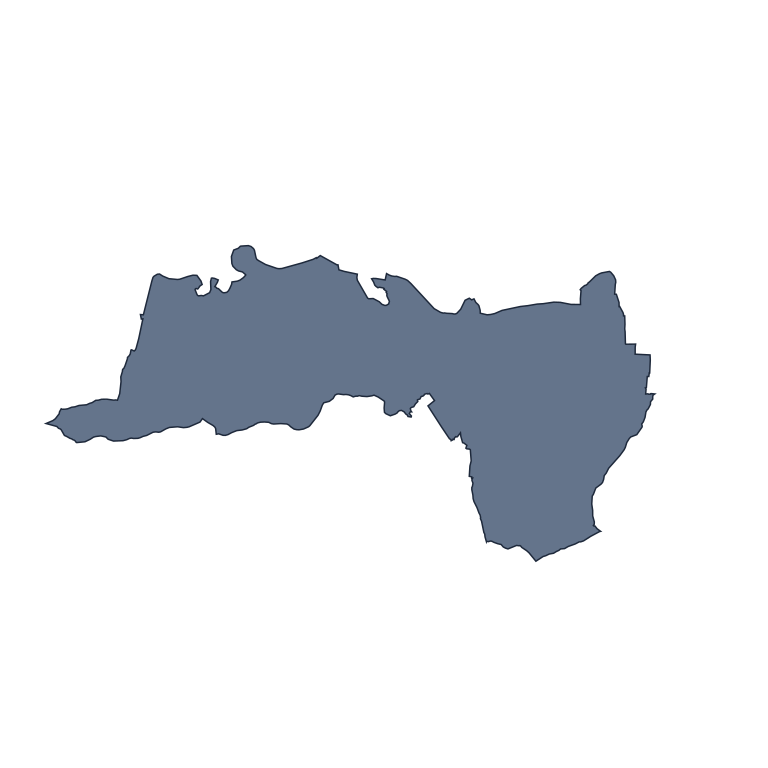 Turceni, Gorj, Romania, rotated 303°
{"feature_id": "2599482B55128602353314", "entity_name": "Turceni", "entity_type": "district", "adm_level": 2, "iso_a3": "ROU", "parent_name": "Romania", "parent_adm1": "Gorj", "projection": "albers", "projection_center": [23.338, 44.708], "detail": "fine", "context": "isolated", "style": "filled", "palette": "slate", "viewbox_px": 768, "rotation_deg": 303, "n_neighbors": 0, "source": "geoboundaries", "source_scale": "gbopen_adm2", "svg_char_len": 6171}
<svg xmlns="http://www.w3.org/2000/svg" viewBox="0 0 768 768"><g transform="rotate(303 384 384)"><path d="M585.8,530.0L585.0,528.5L593.4,523.8L595.5,523.0L597.5,521.5L599.9,517.7L601.2,513.4L601.2,511.8L595.8,506.1L593.8,504.6L590.0,502.6L581.0,500.6L580.3,500.1L579.1,500.3L577.1,499.7L575.8,498.6L571.6,497.3L569.9,497.2L569.6,498.4L562.4,502.3L557.7,505.5L552.6,497.5L548.5,487.4L545.1,481.8L538.0,473.7L534.5,469.0L527.9,461.8L523.3,456.2L510.0,442.9L503.4,438.5L500.5,435.7L498.2,432.8L495.8,426.2L498.2,424.5L501.4,420.9L501.9,419.5L502.4,416.6L504.4,413.1L502.3,411.7L502.4,408.8L498.4,406.4L488.5,407.6L482.9,406.6L481.7,405.8L480.8,404.6L480.2,402.8L477.4,398.0L476.6,396.1L475.7,395.0L474.9,392.4L474.5,385.0L482.9,351.9L483.7,347.3L483.4,344.6L481.2,335.9L480.1,334.5L478.8,331.7L478.2,329.0L478.0,326.0L471.9,328.3L468.1,319.8L466.7,317.5L465.5,316.3L463.8,319.8L461.9,322.4L461.5,324.1L461.4,326.5L462.6,327.4L464.0,330.7L464.2,332.1L463.4,332.2L463.0,335.8L462.0,335.9L461.4,337.4L460.1,337.9L459.1,338.9L456.3,343.5L453.6,344.3L451.1,343.0L450.3,341.7L449.7,338.9L450.4,335.2L449.8,328.4L447.2,324.8L447.1,323.5L456.5,305.1L458.6,303.2L461.6,301.8L456.8,289.4L455.2,284.0L458.9,280.5L458.3,279.6L457.0,260.6L452.8,259.1L453.1,258.4L450.0,256.7L440.9,249.3L425.3,235.5L423.5,233.1L422.6,231.2L419.7,219.6L419.2,211.9L419.2,209.5L420.3,207.8L425.6,202.5L426.5,200.8L426.9,197.6L426.2,194.9L421.8,189.0L421.3,188.5L418.5,187.9L414.5,185.0L407.8,186.6L402.2,190.8L400.5,193.1L399.4,197.9L399.6,200.5L400.9,204.3L400.3,208.5L400.0,208.7L396.8,208.2L392.8,206.7L390.4,205.0L386.8,200.9L384.6,201.9L380.3,202.6L377.5,202.8L375.2,202.2L373.3,200.1L372.8,198.6L373.8,193.2L373.3,191.7L373.7,190.1L373.5,189.1L378.5,188.9L381.0,188.3L380.3,184.4L379.3,182.1L378.7,181.6L375.4,182.8L368.9,187.4L365.6,188.0L359.6,184.6L358.7,182.5L357.0,180.6L356.8,179.5L357.1,178.6L360.2,174.2L361.0,174.0L361.8,174.4L362.0,175.7L362.4,176.1L366.1,176.3L368.4,177.3L370.7,174.4L373.2,167.9L371.2,164.5L367.3,160.9L360.6,155.6L359.2,153.9L355.2,146.3L354.0,139.6L354.0,135.9L352.6,134.1L349.1,132.4L347.6,132.2L344.0,133.2L311.0,144.5L309.6,141.9L306.3,145.1L307.3,146.3L288.7,153.5L278.8,156.7L276.9,156.9L275.6,156.5L275.2,153.7L274.7,153.3L271.0,154.8L269.0,154.9L266.6,154.4L265.3,155.1L258.2,156.9L255.3,157.3L254.2,156.9L253.2,157.1L252.3,157.7L246.6,159.4L242.7,162.2L232.0,167.6L225.2,169.3L224.6,167.8L223.3,166.2L220.3,159.8L217.4,155.5L214.7,153.1L213.4,151.2L209.3,149.3L207.5,147.7L204.6,145.9L199.9,139.9L196.5,137.2L194.4,134.7L190.9,132.2L189.2,130.3L187.5,127.8L187.4,126.8L184.0,127.0L182.1,127.8L175.9,127.3L173.1,126.3L166.8,122.1L170.2,132.8L169.6,135.1L170.0,137.2L169.8,138.2L166.8,144.0L167.2,146.5L167.4,150.3L167.9,152.0L167.8,153.1L168.2,155.1L168.0,156.2L167.4,157.6L167.5,158.2L172.7,164.7L177.6,167.7L181.2,169.3L182.9,170.8L186.2,174.7L188.1,179.6L187.4,182.7L188.8,188.2L194.4,196.1L197.2,198.6L199.7,200.2L201.0,201.5L202.0,203.8L204.4,207.2L206.1,208.7L208.9,210.5L211.6,213.0L217.8,216.6L219.5,218.6L220.9,221.4L222.2,222.7L227.6,225.5L230.7,227.7L235.7,234.2L238.2,239.6L240.4,242.4L242.0,243.9L251.8,250.4L256.1,250.6L255.8,257.0L256.1,263.4L255.7,265.7L254.9,267.1L250.5,270.7L252.2,272.5L253.3,276.9L254.5,278.9L256.7,280.8L260.2,282.7L264.7,285.9L268.2,290.1L271.7,293.2L274.1,294.2L278.5,297.3L279.6,297.5L281.3,298.7L282.3,299.0L284.7,301.2L287.0,304.4L289.1,308.2L289.4,311.1L290.3,313.2L294.5,318.9L297.5,324.2L297.8,326.3L297.3,329.1L297.2,333.1L298.2,335.8L299.4,337.8L302.5,341.1L307.0,344.0L308.6,344.5L321.8,345.7L326.6,345.2L332.6,343.8L335.4,343.7L339.7,347.6L344.1,349.2L348.0,349.0L349.8,350.0L350.9,351.3L353.0,355.8L354.5,357.8L355.6,360.1L356.2,362.5L356.4,365.2L358.3,366.8L359.5,368.6L360.7,369.4L361.7,372.1L364.2,376.6L367.5,380.3L369.2,381.7L369.9,386.3L369.8,393.3L369.5,394.0L368.7,394.6L363.9,397.2L360.5,399.8L360.1,401.7L360.8,406.6L364.9,409.8L367.0,410.8L368.1,410.8L370.0,411.4L371.4,413.1L371.6,416.1L370.7,418.6L370.7,420.3L369.8,421.8L370.9,424.4L371.2,424.8L372.1,424.4L373.0,421.3L374.9,421.2L375.7,422.3L376.0,421.4L377.6,419.5L378.3,419.4L379.5,419.9L381.1,421.3L384.4,421.2L387.7,421.9L388.7,420.7L389.1,420.7L391.0,422.3L393.8,422.0L395.0,423.2L396.3,423.7L397.3,423.5L398.4,424.3L399.5,425.4L399.4,426.0L399.8,426.6L400.8,427.2L397.6,435.4L389.6,432.8L379.2,455.9L373.7,468.8L373.9,470.2L373.0,471.2L374.8,472.2L375.4,472.0L375.7,473.0L377.2,472.5L378.9,472.8L379.3,474.0L380.0,474.3L384.7,474.7L381.8,477.1L377.6,481.9L378.0,483.1L377.7,486.9L374.8,487.6L374.7,488.7L376.0,491.3L375.9,492.2L367.0,499.0L362.1,500.7L353.0,505.8L353.9,508.2L352.8,508.8L353.4,509.6L351.7,509.8L351.0,510.3L349.3,512.6L346.3,513.9L345.1,514.0L343.2,515.2L339.3,519.0L336.4,521.2L334.4,523.5L331.0,529.3L327.5,534.0L326.5,535.9L324.7,537.7L323.6,538.2L322.1,540.5L313.9,548.6L313.0,550.2L310.8,552.0L307.5,555.8L307.9,555.7L308.7,557.5L310.1,558.6L310.8,559.9L311.1,562.6L312.0,566.4L313.2,569.7L312.3,572.7L312.5,575.2L313.2,577.8L320.8,583.1L322.0,585.6L322.5,585.9L322.6,586.7L322.0,588.5L321.9,594.4L321.4,597.6L318.1,607.9L326.0,611.4L328.1,613.2L331.4,615.2L334.4,618.4L337.4,619.8L339.7,621.3L341.8,621.9L344.3,625.1L348.1,627.0L354.0,631.5L357.9,633.7L358.8,635.0L361.1,636.8L368.8,640.3L377.7,645.2L378.4,645.9L378.7,641.4L379.8,638.3L379.2,637.2L379.3,636.7L380.9,636.7L382.9,635.5L387.0,630.9L391.7,627.8L396.5,623.6L403.4,619.7L405.5,619.7L412.1,618.3L418.3,620.6L420.4,620.9L423.5,620.2L427.1,618.6L430.3,618.9L435.7,618.3L452.5,620.8L459.6,621.2L462.3,620.9L467.1,619.5L471.9,619.4L474.0,619.8L479.2,623.6L488.3,623.9L489.3,623.5L490.8,621.9L493.5,622.1L498.2,621.1L503.2,618.9L505.3,618.7L507.0,619.1L511.9,618.6L514.3,617.2L517.7,617.6L519.5,616.4L521.1,615.7L523.1,616.5L521.6,613.5L521.2,613.0L520.8,613.2L519.6,611.6L519.5,610.7L518.1,608.9L522.4,606.6L523.1,605.3L523.9,606.0L533.7,600.7L534.5,602.0L537.8,600.4L538.0,600.8L549.1,594.3L553.3,591.3L545.8,578.4L551.7,574.6L554.5,573.3L549.1,565.2L549.2,564.6L559.2,557.7L561.3,555.9L565.3,553.6L572.2,548.8L571.6,547.8L572.8,547.0L574.1,545.5L577.4,539.4L577.0,539.0L580.4,536.7L585.8,530.0Z" fill="#64748b" stroke="#1e293b" stroke-width="1.5"/></g></svg>